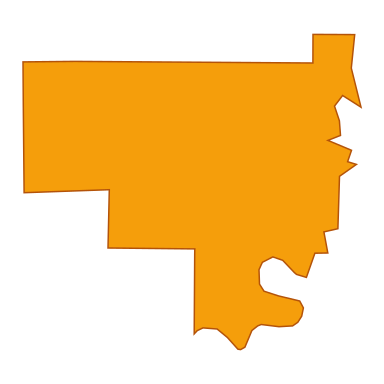 Crawford, Indiana, United States of America
{"feature_id": "52423323B86743622132490", "entity_name": "Crawford", "entity_type": "district", "adm_level": 2, "iso_a3": "USA", "parent_name": "United States of America", "parent_adm1": "Indiana", "projection": "albers", "projection_center": [-86.373, 38.264], "detail": "fine", "context": "isolated", "style": "filled", "palette": "amber", "viewbox_px": 384, "rotation_deg": 0, "n_neighbors": 0, "source": "geoboundaries", "source_scale": "gbopen_adm2", "svg_char_len": 781}
<svg xmlns="http://www.w3.org/2000/svg" viewBox="0 0 384 384"><path d="M296.5,274.4L306.4,277.4L314.9,253.2L327.8,253.0L323.9,231.9L337.9,228.7L339.5,176.3L356.4,164.4L347.6,161.7L351.5,150.3L327.9,140.4L340.5,135.4L339.4,120.8L334.5,106.1L342.6,95.5L361.0,107.2L351.3,68.1L354.7,34.6L313.0,34.4L312.9,63.0L74.9,61.4L23.0,61.9L23.3,105.4L24.1,192.7L109.3,189.7L108.0,248.0L194.8,248.9L194.7,254.2L194.2,333.9L197.3,330.6L203.0,327.9L217.1,329.0L227.3,337.4L237.9,349.2L240.6,349.6L244.9,347.2L251.9,330.5L257.7,325.9L261.2,324.5L279.0,326.7L292.6,325.9L297.8,322.3L301.7,316.2L303.4,307.9L299.7,301.0L278.1,295.8L264.0,291.2L259.5,284.1L259.0,269.7L261.2,264.8L262.4,262.3L272.8,256.9L282.7,260.3L294.4,272.6L296.5,274.4Z" fill="#f59e0b" stroke="#b45309" stroke-width="1.5"/></svg>